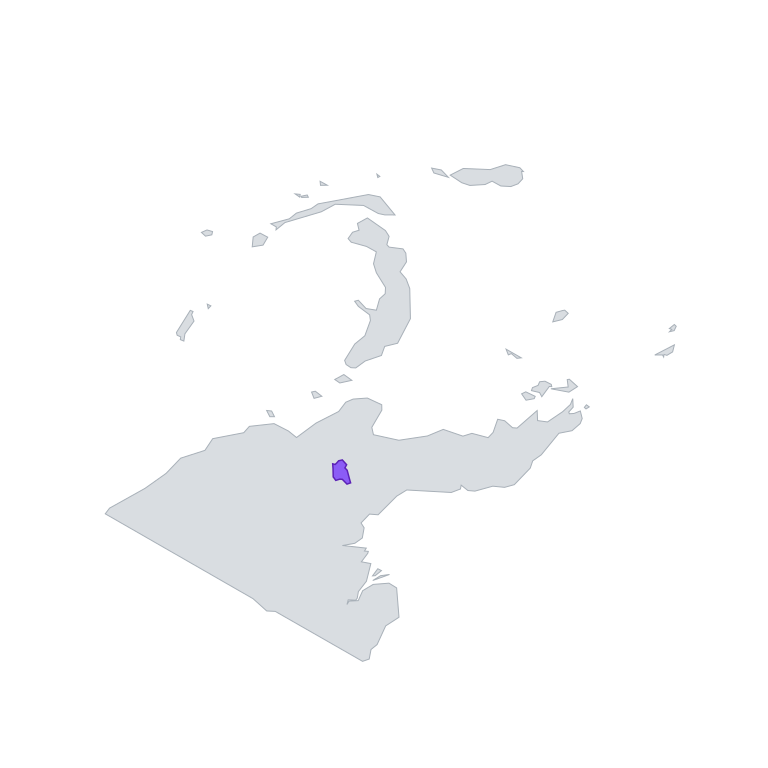 Okapa District, Eastern Highlands, Papua New Guinea (highlighted), rotated 300°
{"feature_id": "67681753B79464726769716", "entity_name": "Okapa District", "entity_type": "district", "adm_level": 2, "iso_a3": "PNG", "parent_name": "Papua New Guinea", "parent_adm1": "Eastern Highlands", "projection": "equal_earth", "projection_center": [145.505, -6.653], "detail": "fine", "context": "in_parent", "style": "filled", "palette": "violet", "viewbox_px": 768, "rotation_deg": 300, "n_neighbors": 0, "source": "geoboundaries", "source_scale": "gbopen_adm2", "svg_char_len": 4086}
<svg xmlns="http://www.w3.org/2000/svg" viewBox="0 0 768 768"><g transform="rotate(300 384 384)"><path d="M133.1,504.1L132.7,403.5L128.8,395.9L132.6,378.0L132.2,207.5L139.3,208.4L174.1,229.2L197.7,240.0L218.1,245.0L237.0,262.1L251.0,263.0L271.7,286.9L280.0,288.6L294.7,308.6L295.5,324.7L293.9,335.0L316.2,344.7L337.5,358.5L349.1,360.0L355.5,364.8L363.5,376.6L364.9,392.4L360.3,395.2L340.4,395.1L334.8,400.2L342.7,425.0L360.7,447.6L374.3,458.0L378.3,478.4L385.2,484.8L389.6,501.0L396.6,502.7L410.3,500.1L412.5,506.9L410.4,517.2L412.4,521.3L437.6,529.9L429.1,535.3L432.9,544.6L449.4,552.6L459.5,555.7L465.7,554.8L458.5,559.4L452.1,558.0L450.9,559.4L453.5,563.3L458.8,567.5L453.2,572.9L447.8,573.7L437.6,570.2L428.8,560.1L401.3,555.6L391.8,551.2L384.3,552.7L362.0,547.2L354.8,540.1L349.9,529.3L336.7,516.3L333.7,509.9L335.0,501.4L331.3,502.7L323.7,496.5L303.6,456.7L293.3,451.1L267.8,444.3L264.1,436.5L252.2,433.6L249.5,438.7L239.8,442.2L231.5,438.4L223.3,428.7L233.0,450.7L229.6,450.6L231.2,454.1L229.3,454.6L218.7,453.3L221.9,462.4L204.4,467.4L191.4,465.6L185.2,467.9L182.6,467.6L179.2,460.9L174.5,462.2L178.5,462.3L183.5,470.0L194.4,468.9L205.0,474.8L214.0,487.9L213.7,496.9L189.5,513.6L175.4,506.4L154.9,508.3L147.6,505.5L138.4,508.7L133.1,504.1ZM499.7,280.9L504.7,285.5L509.8,280.7L519.5,286.6L517.6,308.5L514.4,314.6L506.1,316.8L505.1,320.0L510.5,332.9L508.2,337.5L501.0,342.4L489.2,341.8L486.0,350.7L479.5,358.6L453.8,374.2L426.1,375.4L416.9,365.8L407.4,367.5L394.5,356.2L383.8,351.5L381.6,347.2L381.9,341.5L384.8,338.1L404.0,338.7L416.2,343.3L432.2,340.5L436.7,337.0L438.4,323.0L441.0,317.2L443.7,319.9L440.4,330.7L444.1,340.5L455.5,337.6L462.8,339.9L468.4,337.0L476.5,321.8L482.9,314.8L494.6,311.3L494.4,300.1L490.4,284.7L492.0,280.2L499.7,280.9ZM639.2,393.5L637.7,398.5L636.9,396.9L631.1,401.5L624.4,400.0L618.4,395.1L613.9,386.2L613.7,376.2L607.3,371.8L598.9,359.1L597.2,350.7L598.0,336.9L610.3,344.9L622.8,368.8L634.7,379.6L639.2,393.5ZM544.1,287.1L535.9,309.0L530.8,300.0L528.8,293.8L528.4,277.0L515.3,251.9L501.8,243.6L474.3,217.5L463.5,213.4L466.2,212.2L466.2,205.9L479.7,219.4L488.2,222.7L499.4,233.2L507.0,236.8L540.3,275.8L544.1,287.1ZM324.8,178.5L350.9,179.4L351.3,182.4L347.9,182.7L343.5,188.0L327.9,186.5L321.1,189.2L320.6,185.4L323.2,184.4L322.8,180.5L324.8,178.5ZM455.1,514.4L459.8,518.1L463.8,517.7L466.9,522.0L467.3,529.0L465.6,530.6L464.5,528.4L451.9,527.0L454.4,523.0L452.0,515.0L455.1,514.4ZM453.0,209.9L443.8,209.8L436.9,201.3L445.9,197.2L452.7,201.2L453.0,209.9ZM473.5,545.0L479.4,540.5L480.8,542.1L478.5,552.9L469.4,548.2L463.3,530.9L473.5,545.0ZM522.2,499.1L532.1,497.2L536.9,501.9L538.3,503.6L537.3,508.2L529.0,506.2L522.2,499.1ZM544.5,604.0L563.1,615.9L556.1,617.9L550.3,614.7L549.6,611.7L547.2,612.7L548.4,610.7L544.5,604.0ZM371.1,354.3L362.8,345.2L363.3,339.1L372.1,344.5L371.1,354.3ZM448.9,521.1L446.4,521.4L441.0,515.1L444.3,508.1L448.1,510.7L448.9,521.1ZM595.2,336.4L591.7,321.7L594.8,317.3L598.0,326.6L595.2,336.4ZM342.3,336.3L336.6,330.6L340.8,325.3L343.4,328.1L342.3,336.3ZM430.3,159.3L427.1,160.3L422.8,155.5L424.0,150.1L428.9,153.7L430.3,159.3ZM304.4,300.2L300.9,305.5L298.6,301.5L302.4,295.6L304.4,300.2ZM475.2,472.3L475.3,489.8L472.7,486.3L474.0,479.1L471.4,477.1L475.2,472.3ZM216.2,476.8L221.8,484.0L208.2,472.5L216.2,476.8ZM221.1,475.1L213.6,472.2L212.1,470.0L220.9,471.0L221.1,475.1ZM580.7,605.7L580.1,608.2L575.3,608.6L572.0,605.1L575.2,605.9L574.7,603.4L580.7,605.7ZM527.6,227.3L527.8,235.5L524.3,229.7L527.6,227.3ZM509.3,223.0L507.9,225.1L504.4,219.4L505.1,218.3L509.3,223.0ZM467.2,569.7L466.8,573.2L463.4,571.4L463.9,569.2L467.2,569.7ZM506.3,216.6L503.7,217.6L504.2,212.0L506.3,216.6ZM364.8,191.0L365.1,195.0L361.4,194.1L364.8,191.0ZM562.2,272.9L561.7,276.6L559.7,275.4L562.2,272.9Z" fill="#d9dde1" stroke="#a8b0b8" stroke-width="1"/><path d="M285.2,382.2L282.9,383.6L278.1,386.5L277.4,388.3L276.4,390.4L279.5,393.3L280.6,395.6L278.8,402.0L281.7,404.5L283.0,403.1L290.9,395.2L291.8,392.1L295.4,392.0L297.4,385.9L294.8,383.1L291.7,382.5L289.9,381.9L289.2,379.5L285.2,382.2Z" fill="#8b5cf6" stroke="#5b21b6" stroke-width="1.5"/></g></svg>